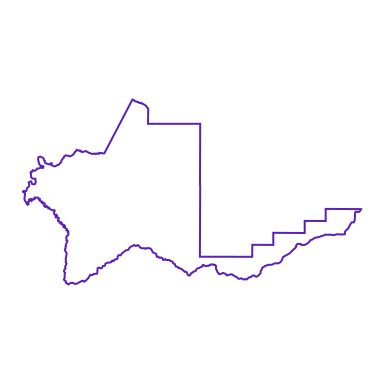 La Jagua Del Pilar, La Guajira, Colombia
{"feature_id": "7082276B91699112359201", "entity_name": "La Jagua Del Pilar", "entity_type": "district", "adm_level": 2, "iso_a3": "COL", "parent_name": "Colombia", "parent_adm1": "La Guajira", "projection": "natural_earth1", "projection_center": [-73.096, 10.466], "detail": "fine", "context": "isolated", "style": "outline", "palette": "violet", "viewbox_px": 384, "rotation_deg": 0, "n_neighbors": 0, "source": "geoboundaries", "source_scale": "gbopen_adm2", "svg_char_len": 5863}
<svg xmlns="http://www.w3.org/2000/svg" viewBox="0 0 384 384"><path d="M361.0,209.1L325.7,208.9L325.7,221.0L304.7,220.9L304.7,233.0L273.3,232.8L273.3,244.9L252.3,244.8L252.2,256.8L199.9,256.7L200.2,186.1L200.0,184.6L200.2,123.8L148.0,123.8L148.2,108.6L146.8,107.2L146.2,105.9L142.9,103.8L141.7,103.6L141.3,102.8L139.8,103.1L138.6,102.5L138.2,102.0L137.6,102.1L136.7,101.6L134.8,101.2L133.7,99.9L132.9,99.9L132.4,99.6L104.4,153.2L102.8,153.5L101.5,153.0L100.0,153.1L99.3,152.8L98.7,153.9L97.2,153.4L95.9,154.1L94.7,153.5L93.1,154.0L92.4,153.9L89.0,152.9L86.1,151.1L81.9,152.1L81.3,151.3L80.6,151.3L80.5,150.8L80.0,151.0L79.5,150.5L78.6,150.6L78.1,150.2L77.2,150.3L76.6,149.9L76.0,151.2L74.9,151.9L74.2,153.3L73.1,154.7L70.6,156.2L70.1,156.3L66.3,155.4L64.6,155.9L64.0,156.8L63.8,157.7L62.8,158.6L61.3,160.8L61.0,162.5L59.7,163.4L59.1,164.6L58.5,164.9L57.5,164.9L55.8,166.0L54.9,166.4L53.7,166.1L51.6,165.3L51.5,164.7L51.8,163.4L51.7,163.2L50.6,163.4L49.7,164.4L48.6,164.3L48.0,163.9L46.3,163.6L45.0,162.6L44.8,160.8L44.0,160.4L43.7,158.6L43.2,158.0L40.4,156.6L39.2,156.8L38.4,157.4L38.2,158.1L38.2,160.2L38.7,161.7L38.8,163.1L40.3,165.7L43.4,166.3L43.3,167.4L43.0,167.9L40.6,167.7L39.1,168.4L37.1,168.6L35.9,170.2L34.1,170.9L32.8,170.2L32.3,170.8L32.0,171.8L30.8,171.8L30.5,172.8L31.1,174.5L31.0,176.2L31.5,177.8L32.6,178.6L35.3,178.7L35.8,181.9L35.6,182.7L34.8,184.2L33.8,184.3L32.4,184.1L31.9,183.8L31.3,181.8L30.9,181.3L29.1,182.0L28.7,182.4L28.7,183.0L29.3,184.8L29.1,186.1L28.5,186.9L27.0,188.2L26.7,190.0L26.3,190.8L25.7,191.3L23.7,190.9L23.3,191.1L23.0,191.7L23.2,192.0L24.8,193.0L25.1,193.8L24.5,198.0L24.5,199.5L24.8,200.4L27.4,204.6L27.6,204.8L28.5,204.3L28.5,203.6L27.9,203.1L27.9,202.1L28.3,201.5L28.7,201.8L28.9,201.7L29.0,199.8L29.9,199.4L30.3,198.9L30.8,199.0L31.1,199.3L30.7,200.6L31.5,201.1L32.2,200.1L32.4,199.2L34.0,199.5L34.4,199.2L34.8,198.7L34.4,197.9L34.6,197.5L37.9,197.6L38.2,198.2L39.5,198.7L38.9,199.5L39.3,199.9L39.7,200.6L40.3,200.4L41.4,202.1L42.2,201.7L42.6,201.9L42.4,202.9L42.8,203.0L42.9,203.6L44.0,203.7L44.4,203.3L44.7,203.4L44.8,205.4L44.1,205.9L44.2,206.2L46.0,207.2L46.4,206.9L46.7,206.2L47.8,207.1L48.3,208.4L48.5,208.4L48.8,207.8L49.1,207.7L49.8,209.1L53.2,210.4L54.4,210.2L54.6,211.4L54.1,212.0L54.2,213.3L54.0,213.8L54.9,214.8L55.8,215.0L56.4,214.8L56.9,215.5L56.7,215.9L55.9,215.9L55.6,216.7L55.7,217.4L56.4,217.6L57.0,217.4L57.8,217.4L58.9,218.2L58.7,218.8L57.9,219.9L58.0,220.9L59.2,221.2L59.5,222.7L60.1,222.9L61.0,222.5L61.0,223.3L61.7,223.2L61.6,224.3L63.8,224.8L63.7,225.4L63.2,226.0L63.7,227.1L63.9,227.3L64.1,227.1L64.5,225.9L65.0,226.1L65.2,226.4L64.9,227.8L66.9,229.2L67.0,229.8L66.6,230.3L67.7,230.7L68.1,231.0L67.8,231.8L68.3,232.0L68.1,232.8L68.6,233.8L67.7,235.6L66.9,235.8L66.2,237.7L66.7,239.3L66.4,240.3L67.4,241.1L65.8,244.9L65.8,245.8L66.0,246.1L65.5,246.8L65.6,248.2L64.9,249.4L65.3,251.2L66.0,251.9L66.5,253.2L66.5,254.7L65.6,259.4L66.0,260.8L65.7,262.4L66.5,263.5L65.7,265.8L65.1,266.6L65.5,268.2L65.4,268.7L64.5,269.5L64.1,270.6L64.1,271.6L65.1,272.7L64.6,274.7L64.7,278.0L63.9,279.3L64.0,279.8L65.8,281.2L65.7,282.2L65.8,282.7L66.8,283.1L67.3,283.8L68.6,284.4L70.3,283.1L72.8,282.8L73.6,283.4L74.8,283.8L76.6,283.8L81.9,280.9L83.5,280.8L84.1,281.7L85.2,281.2L88.3,278.1L90.2,274.8L91.5,275.2L92.4,275.0L93.8,273.9L96.9,273.7L97.3,272.7L97.6,268.4L98.0,267.8L98.9,267.6L100.0,268.2L101.7,268.2L102.1,267.7L102.5,266.5L103.1,266.0L104.7,265.8L105.0,265.4L105.5,263.6L105.9,263.3L108.2,262.5L109.6,262.7L110.4,262.4L111.1,262.1L112.0,260.7L112.8,260.6L113.1,261.2L113.5,261.1L114.9,259.5L117.0,259.1L117.6,258.1L117.6,256.8L118.2,255.6L119.3,255.1L120.1,255.4L120.7,255.3L121.9,253.4L125.3,250.8L126.1,250.3L127.5,250.1L128.5,249.6L129.6,247.7L130.6,246.7L132.0,246.3L133.3,245.4L134.4,245.0L135.3,245.8L135.9,246.0L138.0,245.1L140.7,247.9L141.8,248.2L144.7,248.3L145.7,248.8L146.3,248.2L149.8,248.2L151.4,249.5L152.7,252.0L153.2,252.5L155.8,253.7L156.2,254.2L156.8,256.6L157.0,256.9L158.2,256.7L159.8,257.9L161.4,257.5L162.5,258.3L163.3,260.1L163.6,260.1L165.2,259.1L166.3,260.0L169.2,260.0L170.5,261.0L171.9,261.3L172.6,261.8L173.1,263.3L173.5,263.6L174.1,263.6L174.9,264.2L175.5,266.1L175.9,266.6L177.5,266.8L177.8,267.0L178.5,268.0L179.4,268.0L179.8,268.4L180.6,268.5L181.8,269.3L182.4,269.4L183.1,270.5L183.8,270.8L184.6,271.8L185.9,271.7L186.3,271.9L186.8,272.5L187.7,274.8L189.0,275.5L189.6,275.5L190.3,275.0L190.8,273.5L191.6,273.2L193.7,271.6L195.6,271.0L196.3,269.6L197.5,268.3L198.9,268.1L200.6,267.1L202.0,266.6L202.9,264.9L203.3,264.8L204.8,265.9L206.4,266.0L207.6,265.7L208.5,265.9L209.3,265.2L210.2,265.0L210.7,264.5L211.8,264.6L212.7,264.3L214.0,265.0L215.0,264.8L216.0,265.9L216.1,266.4L215.9,267.2L216.1,269.3L216.8,270.2L217.3,271.9L218.3,272.8L218.6,273.7L219.3,274.1L219.9,274.2L223.3,272.9L224.4,273.5L225.5,273.7L226.5,275.2L227.0,275.4L229.3,274.7L231.8,274.2L232.7,275.1L233.8,275.5L235.5,276.7L236.8,277.1L238.4,278.7L239.1,278.8L241.2,278.3L242.9,279.3L244.3,279.5L245.2,279.0L246.4,279.5L247.2,279.1L248.7,277.6L249.4,277.3L250.7,277.1L252.6,275.7L253.8,275.4L256.3,276.8L258.6,275.5L260.5,273.3L260.8,270.9L261.7,269.6L262.4,267.7L265.5,265.8L268.5,264.8L272.0,264.7L274.7,263.3L278.1,263.3L279.8,262.6L281.1,261.4L281.8,260.3L283.0,257.1L289.7,253.3L291.6,251.3L295.6,247.6L295.9,247.2L295.9,246.3L296.5,245.6L296.5,244.7L297.1,244.1L298.0,243.8L300.6,244.0L301.0,244.2L301.0,244.7L301.3,244.9L302.1,245.0L305.0,244.8L307.1,243.7L308.5,242.7L310.4,240.2L311.9,239.7L315.2,237.6L317.3,237.4L319.7,236.8L321.5,236.0L323.8,235.5L325.4,234.5L327.7,234.9L329.0,234.6L332.6,234.9L333.6,235.2L337.2,234.2L340.2,234.5L344.7,234.3L345.1,231.6L346.2,230.2L348.2,228.5L349.5,225.7L351.5,222.5L352.0,222.3L353.6,222.5L354.2,221.7L354.8,219.5L355.0,214.0L355.4,212.0L355.9,211.6L358.0,212.0L359.3,211.8L360.4,210.5L361.0,209.1Z" fill="none" stroke="#5b21b6" stroke-width="2"/></svg>